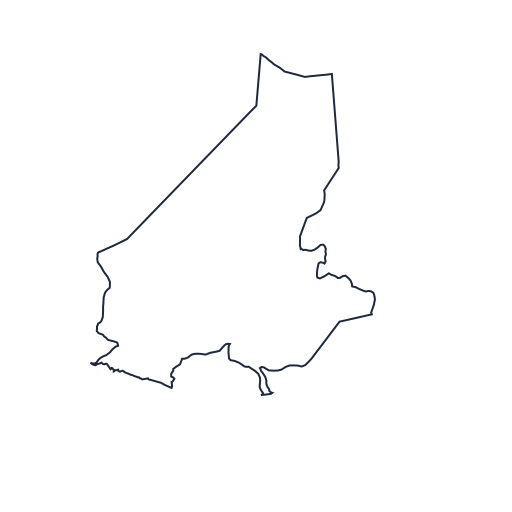 the district of San Juan Juquila Vijanos, Oaxaca, Mexico, rotated 130°
{"feature_id": "50627088B54668599036443", "entity_name": "San Juan Juquila Vijanos", "entity_type": "district", "adm_level": 2, "iso_a3": "MEX", "parent_name": "Mexico", "parent_adm1": "Oaxaca", "projection": "orthographic", "projection_center": [-96.282, 17.33], "detail": "fine", "context": "isolated", "style": "outline", "palette": "slate", "viewbox_px": 512, "rotation_deg": 130, "n_neighbors": 0, "source": "geoboundaries", "source_scale": "gbopen_adm2", "svg_char_len": 3619}
<svg xmlns="http://www.w3.org/2000/svg" viewBox="0 0 512 512"><g transform="rotate(130 256 256)"><path d="M226.3,129.8L225.3,131.4L217.2,134.5L215.5,135.6L213.3,136.6L211.7,138.2L209.6,140.8L208.8,142.5L209.1,145.1L210.3,147.2L212.8,149.3L214.0,152.7L215.0,156.0L215.8,159.6L217.5,162.8L215.8,164.5L214.1,167.6L213.6,170.2L213.5,174.8L215.9,176.7L218.6,177.5L220.3,179.1L220.2,180.3L220.6,182.9L222.0,186.3L222.5,189.1L225.4,189.9L228.2,190.8L229.8,191.6L232.1,192.6L233.1,195.1L231.9,196.7L228.8,199.1L226.7,200.5L221.5,203.3L219.4,202.7L218.0,200.2L217.8,198.7L217.0,198.8L215.2,199.3L215.1,199.5L215.0,199.8L214.0,201.1L212.2,202.6L209.7,203.5L207.9,205.8L205.8,206.9L204.2,209.8L204.2,211.9L205.9,213.6L209.6,214.2L213.8,215.3L216.6,217.1L218.1,219.3L219.4,222.0L221.2,223.9L221.4,226.6L221.6,226.6L219.5,229.3L214.7,233.1L213.0,234.8L194.2,241.6L189.8,239.6L184.5,237.3L179.5,236.1L179.1,236.1L170.9,238.5L168.4,240.1L164.5,243.1L161.9,246.0L135.4,249.2L133.3,251.4L130.7,253.2L89.0,294.1L67.8,314.9L71.1,317.9L82.7,329.3L87.5,333.8L91.2,342.0L96.3,352.6L96.5,358.6L97.6,365.2L97.5,368.5L97.7,371.7L97.5,376.5L98.0,378.6L97.8,380.9L98.3,382.2L140.7,352.3L149.4,353.1L251.5,360.4L325.9,365.7L339.5,371.7L354.9,379.2L356.5,378.6L357.9,377.2L360.2,375.9L362.6,373.1L363.8,367.9L365.8,362.8L367.4,356.1L369.7,351.3L373.1,348.5L374.6,347.6L376.7,348.1L379.5,348.2L381.3,348.0L385.6,346.1L391.0,342.0L392.4,341.1L394.5,339.4L396.4,337.8L400.2,334.9L401.3,334.1L404.8,332.8L406.7,332.6L409.2,333.5L410.5,332.9L412.1,332.6L414.1,330.9L415.8,329.8L416.3,327.1L415.7,325.4L414.7,322.6L415.2,320.9L415.0,318.5L415.3,316.0L415.3,315.2L413.1,310.7L411.9,308.0L411.6,306.4L413.4,303.9L415.5,305.2L419.9,306.0L423.5,305.9L428.2,307.0L430.9,308.5L434.0,309.6L436.7,310.0L440.1,309.7L441.7,310.2L442.6,311.1L443.4,312.3L444.2,314.1L444.1,312.1L443.8,311.1L443.6,310.1L442.8,308.7L440.9,308.2L438.7,306.5L437.1,306.0L437.1,304.6L437.1,303.7L436.5,302.7L434.9,301.6L434.6,300.5L435.8,296.0L436.3,294.7L435.3,294.4L434.5,294.6L434.3,293.8L434.6,292.6L434.5,291.8L435.9,290.8L435.6,290.6L434.2,290.4L433.2,289.7L432.8,289.1L432.0,288.8L431.7,288.5L432.4,287.9L432.4,286.9L432.0,285.8L430.4,285.0L430.1,284.9L429.6,284.3L429.5,283.7L429.4,283.4L429.4,282.1L429.3,281.1L428.7,279.5L428.5,278.8L428.2,278.4L427.6,275.8L427.0,274.9L426.4,273.1L426.1,271.7L425.6,270.7L425.0,268.7L424.3,268.0L424.1,267.0L424.4,266.5L423.8,265.4L423.6,263.8L419.2,260.1L419.6,259.2L418.4,256.6L416.2,251.7L414.2,247.3L413.4,243.0L412.4,239.5L411.3,235.9L409.4,236.7L406.8,239.7L405.6,239.2L402.5,239.6L402.2,241.4L402.9,243.4L400.7,245.3L397.1,245.6L395.8,246.8L392.6,246.1L390.1,245.3L387.9,244.6L384.2,245.8L382.2,246.6L380.5,244.6L377.4,242.8L375.2,242.5L372.9,241.8L371.0,240.7L368.1,237.6L366.1,234.8L363.9,231.2L359.8,229.0L357.7,227.3L354.9,225.0L352.0,222.9L348.4,222.9L344.5,222.7L342.8,222.3L341.3,221.1L340.2,219.5L341.5,219.3L342.8,218.9L347.8,214.9L351.9,210.7L352.1,208.4L350.1,204.9L348.6,200.2L348.2,196.5L348.1,194.1L347.1,192.1L345.5,190.4L345.2,187.2L344.6,182.6L344.8,178.5L346.5,174.9L348.1,173.3L354.1,168.9L355.5,166.2L356.5,162.6L357.6,162.0L359.3,162.8L354.4,158.1L353.6,157.4L352.7,156.5L352.1,156.0L350.4,155.6L350.8,156.5L350.9,158.7L349.4,160.8L348.9,163.2L347.6,165.4L346.4,166.7L344.8,167.9L342.7,171.2L342.1,173.0L341.1,176.4L340.8,178.1L340.2,179.2L339.3,180.9L337.5,180.4L336.2,178.3L335.9,175.7L335.4,172.7L332.2,168.4L329.6,165.6L326.9,163.6L321.7,161.9L318.5,160.1L315.9,157.2L313.3,153.9L311.3,150.0L308.1,148.2L303.7,147.7L299.2,147.5L252.6,149.8L226.3,129.8Z" fill="none" stroke="#1e293b" stroke-width="2"/></g></svg>